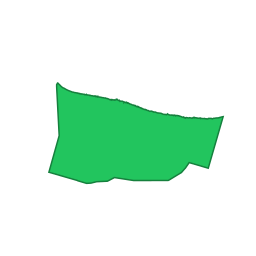 the district of Berisso, Buenos Aires, Argentina, rotated 334°
{"feature_id": "61730980B11593916805025", "entity_name": "Berisso", "entity_type": "district", "adm_level": 2, "iso_a3": "ARG", "parent_name": "Argentina", "parent_adm1": "Buenos Aires", "projection": "albers", "projection_center": [-57.796, -34.898], "detail": "fine", "context": "isolated", "style": "filled", "palette": "green", "viewbox_px": 256, "rotation_deg": 334, "n_neighbors": 0, "source": "geoboundaries", "source_scale": "gbopen_adm2", "svg_char_len": 5236}
<svg xmlns="http://www.w3.org/2000/svg" viewBox="0 0 256 256"><g transform="rotate(334 128 128)"><path d="M218.5,159.5L217.8,159.3L216.4,159.0L215.9,158.9L215.7,159.0L215.1,158.8L214.8,158.6L214.4,158.7L214.1,158.7L213.7,158.5L213.0,158.3L212.5,158.0L211.2,157.5L210.6,157.4L208.9,156.7L208.4,156.8L208.2,156.8L207.9,156.8L207.5,156.5L207.3,156.1L207.1,155.9L206.6,155.7L206.0,155.3L205.5,155.1L205.2,155.0L205.0,154.9L204.7,154.9L204.4,154.6L203.8,154.8L203.6,154.7L203.3,154.7L203.2,154.7L202.6,154.1L202.3,154.1L202.0,153.8L201.4,153.5L201.2,153.1L200.9,153.1L200.8,152.9L200.3,152.7L200.2,152.7L199.4,152.4L198.8,151.9L198.0,151.4L197.5,150.9L197.4,150.7L197.2,150.7L197.1,151.1L196.9,150.9L196.8,150.6L196.7,150.5L196.5,150.4L196.1,150.2L195.7,150.2L195.3,150.0L195.1,149.9L194.9,149.8L194.7,149.4L194.4,149.3L194.3,149.1L193.9,149.0L193.7,148.7L192.8,148.2L192.7,147.9L192.4,147.6L192.0,147.8L191.9,147.5L191.5,147.2L191.4,147.3L191.5,147.5L191.1,147.3L190.6,147.4L190.2,147.1L189.9,147.1L189.7,147.2L189.1,146.6L188.3,146.1L188.0,145.8L187.8,145.7L187.3,145.7L186.6,145.4L186.1,145.0L185.7,144.7L185.4,144.5L185.3,144.3L184.9,144.3L184.4,144.0L183.9,144.3L183.7,144.0L183.6,143.9L183.4,143.8L183.3,143.5L182.8,143.1L182.7,142.8L182.8,142.5L182.6,142.5L182.4,142.6L182.2,142.3L181.6,142.1L180.8,141.1L180.7,141.0L180.2,140.4L179.8,140.2L179.5,139.9L179.4,139.9L179.2,139.4L178.8,139.1L178.6,139.0L178.4,139.0L177.9,138.5L177.7,138.4L177.6,138.2L177.3,138.1L176.1,137.9L176.2,137.5L175.9,137.4L175.7,137.2L175.1,136.9L175.1,136.6L174.6,136.5L174.4,136.7L174.2,136.4L174.0,136.2L173.7,136.0L173.4,136.0L173.2,135.6L172.9,135.6L172.7,135.4L172.4,135.4L172.1,135.1L171.3,134.8L170.6,134.0L170.3,133.8L170.1,133.3L169.9,133.2L169.6,132.9L169.6,132.7L169.3,132.8L169.2,132.8L168.7,132.8L168.5,133.0L168.3,132.9L168.0,132.5L167.7,132.4L167.6,132.2L167.1,132.1L166.6,131.6L166.2,131.5L165.3,130.7L164.3,129.4L163.8,129.0L163.3,128.8L163.1,128.6L162.8,128.4L162.0,127.9L161.9,127.8L161.7,127.8L161.2,127.5L160.5,126.7L159.7,125.9L159.4,125.5L159.1,125.4L158.9,125.4L158.5,125.1L158.1,125.0L158.0,124.7L157.0,123.7L156.8,123.3L156.5,123.1L156.3,123.1L156.0,123.0L155.6,122.7L155.3,122.7L155.0,122.7L154.2,121.7L154.0,121.3L153.8,121.2L153.0,120.6L152.5,120.0L152.5,119.8L152.3,119.7L152.1,119.5L151.9,119.1L151.7,119.1L151.4,118.7L151.1,118.5L150.9,118.6L150.5,118.3L150.2,117.9L149.9,117.4L149.6,117.2L149.6,116.9L149.4,116.7L148.9,116.5L148.9,116.4L148.6,116.2L148.5,115.5L148.1,115.4L147.9,115.3L147.7,115.0L147.4,114.4L147.2,114.4L146.5,113.8L146.4,113.5L146.3,113.4L146.5,113.2L146.4,113.1L146.1,113.0L146.2,112.8L146.1,112.7L145.7,112.8L145.7,112.7L145.2,112.6L145.0,112.4L145.0,112.1L144.8,112.0L144.6,111.6L144.4,111.5L144.4,111.2L144.2,111.2L144.1,110.9L143.9,110.9L143.8,110.6L143.6,110.5L143.4,110.2L143.2,110.3L143.1,110.2L143.0,109.8L142.6,109.7L142.2,109.4L141.9,109.1L141.6,108.5L141.2,108.1L140.7,107.6L140.3,107.3L140.1,107.2L140.0,106.8L139.7,106.4L139.5,106.2L139.4,105.9L139.2,105.9L139.2,106.0L138.4,105.5L138.4,105.4L138.7,105.3L138.8,105.1L138.6,104.9L138.1,104.8L137.7,104.5L137.1,104.3L136.9,104.0L137.0,103.9L136.7,103.9L136.4,103.6L136.1,103.3L136.1,103.1L135.8,103.1L135.6,103.2L135.7,102.9L135.6,102.7L134.8,101.5L134.1,101.2L133.5,100.8L133.2,100.7L132.7,100.6L132.8,100.4L132.5,100.3L132.2,99.8L132.2,99.6L132.2,99.4L132.0,99.5L131.7,99.2L130.8,97.9L130.7,97.6L130.7,97.3L130.7,97.2L129.9,97.0L129.6,97.4L129.4,97.4L129.2,97.4L128.7,97.2L128.2,97.1L128.2,96.9L128.1,96.7L127.6,96.5L127.1,96.4L126.9,96.1L126.6,96.0L126.4,95.8L126.1,95.7L126.1,95.4L125.9,95.3L125.7,95.2L125.5,95.3L125.4,95.5L125.2,95.2L124.9,95.1L124.9,94.9L124.7,94.9L124.5,95.0L124.4,95.0L124.3,94.9L124.3,94.7L123.9,94.2L123.3,93.6L123.1,93.2L122.6,92.8L122.5,92.6L122.4,92.6L121.9,92.2L121.3,91.7L121.1,91.6L120.9,91.4L121.0,91.3L120.9,91.2L120.8,91.3L120.6,91.1L119.9,90.6L119.5,90.4L119.2,90.0L118.3,89.5L117.8,89.0L117.6,89.0L117.0,88.4L116.5,88.1L116.4,88.0L116.1,87.8L115.9,87.8L115.7,87.5L115.1,87.1L114.8,87.0L114.8,86.8L114.5,86.6L114.3,86.6L114.4,86.4L114.1,86.5L113.8,86.2L113.7,86.0L113.4,85.8L113.0,85.6L113.1,85.4L113.1,85.2L112.7,85.3L112.5,85.2L112.4,85.3L112.1,84.9L112.1,84.6L111.4,84.5L111.4,84.3L110.8,84.0L110.4,83.7L110.1,83.5L110.0,83.3L109.9,83.2L109.5,83.1L108.4,82.2L108.0,82.1L108.0,81.9L107.8,81.9L107.6,81.5L106.9,81.1L106.7,80.9L106.3,80.8L106.2,80.6L105.4,80.1L105.4,79.9L105.4,79.7L105.1,79.8L104.6,79.4L104.4,79.5L103.9,79.3L103.6,79.0L103.5,78.6L103.4,78.4L103.1,78.4L101.4,77.1L101.1,77.1L101.0,76.9L100.8,76.8L100.2,76.5L99.8,75.8L99.7,75.8L99.4,75.9L99.2,75.6L98.8,75.1L98.5,75.1L98.3,74.8L98.2,74.8L98.1,74.6L97.9,74.4L97.8,74.5L97.6,74.3L97.4,74.2L96.8,73.6L96.7,73.5L96.3,73.2L95.7,73.0L95.1,72.3L94.7,72.0L94.5,71.9L94.3,71.6L93.6,71.3L93.3,70.8L92.0,69.4L90.5,67.8L89.6,66.6L89.2,66.1L87.9,64.1L87.3,63.5L86.9,63.0L85.9,60.7L85.7,59.9L84.9,57.7L84.8,57.1L84.5,56.8L84.4,56.7L84.0,56.9L83.8,57.2L82.9,57.7L82.0,59.5L62.8,104.7L37.5,133.1L59.2,152.7L59.9,153.6L60.6,154.2L66.5,159.6L70.6,161.3L76.2,162.5L86.2,166.8L94.1,166.6L110.1,177.7L141.0,192.7L141.7,192.8L156.6,191.4L160.6,189.7L162.0,189.2L167.8,185.9L182.5,199.3L218.5,159.5Z" fill="#22c55e" stroke="#15803d" stroke-width="1.5"/></g></svg>